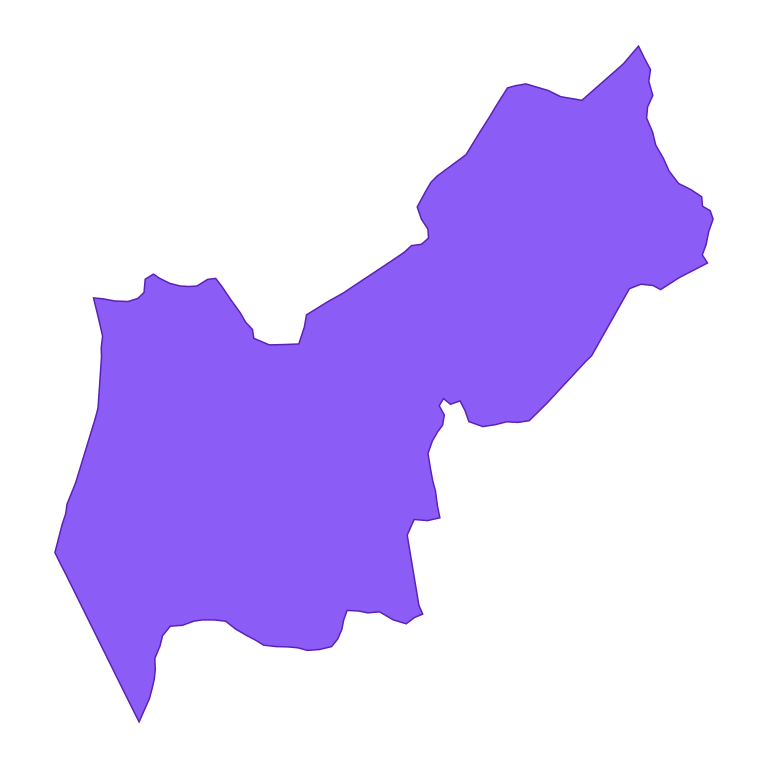 Conceição do Almeida, Bahia, Brazil
{"feature_id": "56859067B50391842277860", "entity_name": "Conceição do Almeida", "entity_type": "district", "adm_level": 2, "iso_a3": "BRA", "parent_name": "Brazil", "parent_adm1": "Bahia", "projection": "mercator", "projection_center": [-39.241, -12.859], "detail": "fine", "context": "isolated", "style": "filled", "palette": "violet", "viewbox_px": 768, "rotation_deg": 0, "n_neighbors": 0, "source": "geoboundaries", "source_scale": "gbopen_adm2", "svg_char_len": 2015}
<svg xmlns="http://www.w3.org/2000/svg" viewBox="0 0 768 768"><path d="M67.0,504.2L65.7,513.8L62.1,524.6L54.9,552.6L60.1,563.1L66.2,575.0L129.3,702.4L139.1,721.9L149.5,698.4L152.2,688.2L154.3,679.2L155.3,669.6L154.8,658.5L160.0,646.0L162.5,635.8L170.3,626.2L182.4,625.3L193.7,621.2L202.3,619.9L214.1,619.9L225.7,621.2L235.6,629.1L246.7,635.5L255.8,640.3L263.7,645.2L276.5,646.6L288.0,646.9L297.8,647.8L307.4,650.4L319.5,649.5L331.6,646.6L337.7,639.0L341.9,629.3L343.7,619.9L347.1,610.4L358.7,611.0L367.8,612.9L379.5,611.8L393.3,619.9L406.2,623.8L414.5,617.5L422.7,614.1L418.9,605.3L407.2,535.1L414.1,519.5L427.5,520.6L439.9,517.8L437.6,506.8L435.4,490.7L432.7,480.7L430.5,468.8L428.0,453.5L432.3,441.1L437.6,431.9L442.6,425.2L444.3,415.0L439.2,405.7L443.5,398.6L450.5,404.3L460.0,400.9L465.0,410.5L468.9,421.6L482.9,426.6L495.3,424.7L506.6,421.8L518.2,422.4L529.2,420.7L546.4,403.8L584.9,362.3L591.7,355.6L629.4,288.7L641.0,284.2L653.1,285.5L660.6,289.6L679.4,277.5L707.5,263.0L702.3,254.9L706.2,244.3L708.6,231.9L713.1,219.1L710.2,210.7L702.5,206.2L701.7,196.8L691.2,189.8L678.6,183.5L669.1,171.1L663.6,158.8L655.7,145.0L652.6,132.1L646.6,118.1L647.6,106.9L652.8,95.5L648.8,81.3L650.5,69.6L644.1,57.6L638.5,46.1L623.3,63.9L581.9,100.3L560.7,96.7L548.2,90.5L526.0,83.9L516.0,85.6L507.5,87.9L501.9,96.7L495.0,107.7L489.8,116.5L480.3,131.4L466.0,154.7L456.4,161.8L437.1,176.1L431.0,182.2L425.8,191.1L417.2,207.0L421.4,219.1L428.0,229.3L428.5,238.1L421.4,244.3L411.5,245.6L404.2,252.3L389.9,262.0L362.6,280.1L353.7,286.0L344.1,292.5L328.1,301.5L306.5,314.8L304.3,327.3L298.8,344.0L285.0,344.5L269.3,344.9L253.8,338.3L252.5,329.5L245.6,322.2L240.3,312.9L230.7,299.6L222.1,286.8L215.7,278.4L207.5,279.4L197.0,286.0L188.8,286.5L180.2,286.0L169.9,283.4L160.0,278.5L153.4,274.1L145.2,279.2L144.0,292.5L137.9,298.4L128.0,301.5L115.0,301.0L102.9,298.8L93.5,297.9L98.2,317.1L102.6,336.1L101.2,348.0L101.5,356.8L98.0,408.3L95.0,419.3L81.2,464.6L75.6,482.9L67.0,504.2Z" fill="#8b5cf6" stroke="#5b21b6" stroke-width="1.5"/></svg>